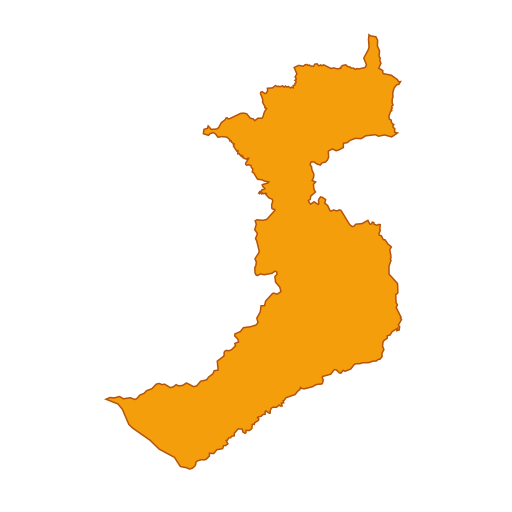 Chinchiná, Caldas, Colombia, rotated 260°
{"feature_id": "7082276B13604936922856", "entity_name": "Chinchiná", "entity_type": "district", "adm_level": 2, "iso_a3": "COL", "parent_name": "Colombia", "parent_adm1": "Caldas", "projection": "mercator", "projection_center": [-75.645, 5.002], "detail": "fine", "context": "isolated", "style": "filled", "palette": "amber", "viewbox_px": 512, "rotation_deg": 260, "n_neighbors": 0, "source": "geoboundaries", "source_scale": "gbopen_adm2", "svg_char_len": 6114}
<svg xmlns="http://www.w3.org/2000/svg" viewBox="0 0 512 512"><g transform="rotate(260 256 256)"><path d="M385.6,225.4L383.1,230.1L384.5,232.1L384.9,235.4L383.3,237.3L379.6,239.1L379.5,243.2L378.2,247.7L377.3,248.6L375.2,250.3L373.9,250.2L373.8,251.5L372.4,251.6L370.1,253.9L369.5,253.0L368.8,253.4L368.0,252.9L362.5,255.4L362.8,256.5L359.8,255.8L359.8,257.1L358.1,257.9L357.8,258.8L357.6,258.3L356.6,258.9L356.3,260.4L355.3,260.0L353.8,261.9L352.9,263.8L353.8,265.0L353.5,265.8L349.3,262.0L348.0,261.8L347.0,262.6L347.2,264.5L345.9,266.7L344.0,266.8L342.1,268.0L339.4,266.9L338.0,268.3L332.1,270.5L331.1,271.2L330.0,275.2L328.5,277.0L326.7,281.5L325.8,280.3L325.2,274.5L323.5,274.6L320.9,276.5L320.1,275.2L320.4,273.5L319.0,272.7L318.9,271.0L317.4,269.6L316.7,270.2L317.7,271.8L316.1,272.5L316.8,273.5L316.0,274.2L316.2,276.4L315.6,277.1L314.9,276.4L311.1,278.7L309.1,281.7L307.3,282.1L303.7,280.3L300.5,279.9L299.6,280.2L298.5,282.5L297.7,282.5L290.2,273.0L289.9,269.1L291.5,263.2L290.8,261.3L287.2,261.8L282.1,259.3L278.4,261.1L277.3,261.0L273.2,258.5L271.0,259.3L260.5,260.0L258.9,259.5L253.4,254.5L250.0,255.3L246.4,254.1L244.9,252.8L239.2,252.1L237.1,252.9L236.5,254.0L237.6,257.5L236.1,260.7L236.2,268.9L237.8,272.1L236.6,273.6L234.5,273.6L232.4,271.0L226.9,270.7L221.0,274.1L216.6,274.3L214.7,270.2L216.3,267.2L216.3,265.9L210.0,257.7L205.6,255.8L206.1,252.3L200.0,250.4L194.7,246.0L190.0,246.4L188.0,243.9L187.3,238.4L187.6,231.2L184.3,227.5L182.9,221.7L181.0,221.2L177.1,223.7L174.4,223.9L173.6,220.0L171.1,220.2L167.9,215.5L167.4,212.7L168.2,210.6L167.7,208.9L166.8,208.0L163.1,207.1L159.2,199.6L150.2,198.9L150.3,194.9L147.5,193.1L145.0,188.3L142.6,185.8L142.3,179.7L138.4,175.1L138.1,172.1L143.0,165.5L141.3,161.2L141.5,157.2L143.2,155.0L141.5,151.8L141.3,148.7L145.6,143.8L145.7,140.9L147.2,138.8L147.2,135.6L143.4,130.5L142.4,124.9L140.2,122.0L139.2,117.5L136.4,114.0L135.7,112.0L138.3,107.4L138.4,100.7L141.3,97.2L140.9,91.7L142.0,87.6L141.0,83.4L134.2,94.4L128.2,97.8L112.3,101.5L108.3,104.3L92.9,119.7L82.5,127.2L71.9,140.7L61.9,144.9L59.4,151.1L57.7,153.5L58.0,156.3L59.5,159.0L61.1,160.4L63.3,161.0L64.3,162.5L64.9,166.6L64.2,169.9L64.5,171.6L67.0,175.3L69.8,175.9L68.8,180.1L72.0,183.7L72.1,189.7L74.9,191.2L74.6,193.3L75.9,195.7L79.5,194.6L79.6,195.9L81.7,197.5L81.4,199.5L82.7,200.4L82.7,203.3L85.3,204.0L88.9,208.5L88.0,212.2L84.7,212.7L83.3,214.4L83.7,215.4L86.0,215.8L85.3,218.8L85.9,220.6L86.9,222.0L90.5,223.0L91.0,223.9L90.4,225.0L92.0,225.8L93.7,229.9L95.2,230.5L96.6,229.3L97.0,229.7L97.3,233.2L98.7,235.4L98.5,237.5L101.4,238.1L101.7,238.8L98.8,241.8L98.9,242.7L101.3,243.2L103.4,244.6L104.1,246.1L103.5,250.0L105.2,252.9L104.0,254.0L103.8,255.7L106.7,255.5L106.6,257.8L108.8,257.6L109.1,258.9L111.2,260.9L112.8,270.5L115.7,273.7L116.8,276.0L118.8,276.9L117.5,278.2L116.8,280.4L117.5,289.4L118.5,291.3L119.0,294.5L118.5,298.4L119.2,299.4L122.2,300.7L124.7,300.1L125.8,300.7L126.6,309.0L130.5,313.4L129.9,315.3L126.5,317.7L125.8,319.1L128.3,322.0L127.0,323.6L128.2,329.6L132.1,333.9L132.5,335.8L131.9,339.8L132.4,342.3L131.4,348.3L132.1,353.0L131.7,356.5L133.0,358.2L132.7,360.0L135.0,362.7L138.4,363.2L141.6,365.7L145.3,365.0L149.1,366.1L150.7,367.6L152.2,370.9L154.7,371.5L154.9,374.3L157.9,377.0L160.2,382.7L158.0,381.7L158.2,384.1L161.4,385.2L163.3,384.2L168.2,388.3L169.8,387.4L170.5,388.2L180.9,385.1L183.4,386.8L185.8,385.8L194.0,387.0L194.5,388.8L195.4,389.4L204.3,390.6L215.0,383.9L223.0,385.2L228.2,388.2L229.6,387.7L230.8,388.6L233.6,388.9L239.0,388.8L241.4,390.9L244.9,388.0L249.7,385.8L249.9,384.5L251.0,383.8L254.1,383.0L255.3,380.9L257.0,381.1L259.4,382.8L261.4,382.7L265.3,383.8L265.8,382.5L265.3,380.2L266.8,377.8L268.4,377.9L269.2,376.4L267.4,375.2L267.7,373.6L271.7,372.4L269.5,366.0L270.0,359.7L268.4,357.8L268.2,356.0L270.6,353.7L286.2,347.6L286.9,346.3L286.4,343.2L287.9,340.3L287.2,338.0L287.8,336.8L293.4,335.3L296.0,332.9L299.4,334.4L302.3,331.5L303.0,329.8L301.6,328.3L300.1,327.2L296.9,327.0L296.0,326.1L299.3,322.6L297.6,318.9L299.0,317.8L301.5,317.3L302.4,319.2L305.5,320.4L308.7,325.7L311.5,324.7L316.7,325.0L318.5,327.6L320.6,324.4L323.5,326.4L326.3,327.2L331.4,326.0L334.4,326.2L336.6,325.1L338.9,326.5L338.7,329.4L336.1,331.8L334.4,335.1L336.3,337.3L336.4,340.7L338.0,342.9L340.7,344.7L346.2,345.3L347.0,345.9L348.1,350.0L345.7,353.2L346.1,356.1L347.6,360.8L351.8,361.7L351.8,365.6L353.6,368.7L354.6,374.5L353.3,379.9L355.3,384.9L354.7,394.7L352.7,397.4L352.9,403.5L349.7,410.3L352.6,416.7L353.9,414.0L357.4,414.8L358.8,413.4L360.8,413.4L361.3,414.5L363.8,412.6L366.4,412.7L367.6,411.2L370.1,411.0L374.9,413.5L375.6,415.0L376.9,414.5L377.9,415.8L379.6,415.5L381.0,417.2L383.2,416.7L386.6,417.3L388.9,418.5L392.9,419.0L397.3,421.1L400.1,424.1L400.3,426.6L402.7,428.6L402.8,426.8L405.2,425.8L410.5,420.7L413.4,413.3L414.3,412.7L416.7,413.0L419.6,409.5L424.1,412.5L427.2,411.9L429.4,412.7L431.3,411.9L436.6,413.3L441.6,412.0L447.3,413.2L451.1,412.1L452.9,407.0L454.3,405.7L449.8,404.4L442.1,403.6L439.7,402.4L432.2,396.5L425.1,398.0L422.7,396.2L422.4,389.7L423.1,388.0L422.4,386.3L424.0,384.8L424.6,382.3L425.7,381.6L426.6,379.3L428.7,377.6L428.6,374.1L426.6,371.6L426.1,371.8L426.2,368.6L427.8,365.1L427.6,362.5L432.6,355.7L432.0,354.7L432.1,353.6L433.0,353.0L432.3,350.9L434.7,349.5L434.7,347.2L432.8,345.7L433.8,342.4L434.8,341.8L434.8,340.0L435.8,339.4L435.8,337.5L434.7,335.7L436.3,331.1L435.0,326.3L428.2,327.9L425.6,325.6L423.3,326.5L422.2,324.9L421.8,325.6L419.8,325.5L419.3,324.4L417.7,324.0L417.4,322.2L415.2,321.8L416.1,320.3L415.6,318.9L417.4,317.2L417.0,315.5L418.3,314.6L417.4,312.9L419.0,311.8L418.5,308.9L419.4,307.5L419.1,306.4L420.5,304.8L418.7,301.5L419.2,296.3L416.8,296.2L414.4,294.2L414.6,292.9L416.8,290.5L416.4,289.1L415.3,288.6L409.2,289.8L406.0,289.2L401.6,290.8L400.5,290.4L399.4,292.1L396.6,289.4L391.4,286.7L390.6,285.6L391.4,281.9L389.5,278.3L391.5,277.1L392.7,274.3L397.7,271.5L398.9,268.5L399.1,265.5L395.8,253.8L395.8,252.6L397.2,251.5L397.1,250.5L395.6,249.3L393.2,244.8L388.9,241.5L387.9,239.4L388.5,233.8L392.4,231.5L390.1,230.3L389.8,226.8L385.6,225.4Z" fill="#f59e0b" stroke="#b45309" stroke-width="1.5"/></g></svg>